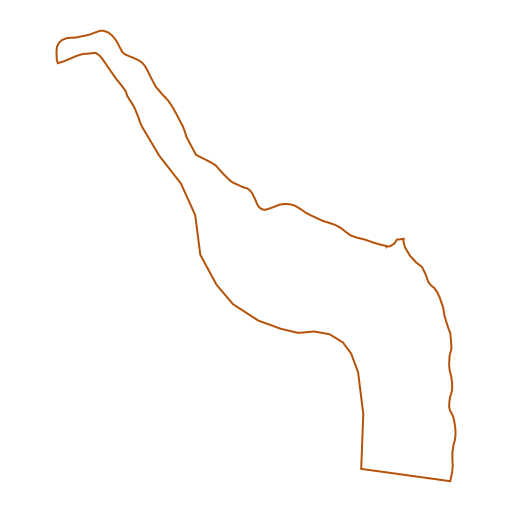 outline of Fond Eau Rouge, Anse-la-Raye, Saint Lucia
{"feature_id": "8701671B4886377420508", "entity_name": "Fond Eau Rouge", "entity_type": "district", "adm_level": 2, "iso_a3": "LCA", "parent_name": "Saint Lucia", "parent_adm1": "Anse-la-Raye", "projection": "equal_earth", "projection_center": [-61.032, 13.949], "detail": "fine", "context": "isolated", "style": "outline", "palette": "amber", "viewbox_px": 512, "rotation_deg": 0, "n_neighbors": 0, "source": "geoboundaries", "source_scale": "gbopen_adm2", "svg_char_len": 2565}
<svg xmlns="http://www.w3.org/2000/svg" viewBox="0 0 512 512"><path d="M450.2,481.3L450.3,480.6L450.5,479.7L451.3,476.2L452.4,470.3L452.7,464.7L452.5,461.7L452.4,456.8L452.4,452.8L452.8,449.6L453.4,445.3L454.7,440.7L455.4,436.4L455.5,432.8L455.3,428.1L454.8,424.6L454.1,420.5L453.3,417.2L452.3,414.8L449.8,410.0L449.1,406.3L449.3,403.6L449.5,400.6L450.0,397.4L451.4,393.0L452.0,390.4L452.2,386.8L452.0,382.4L451.4,377.4L450.8,374.8L449.8,371.1L449.7,370.2L449.5,368.7L449.1,365.3L449.6,355.6L451.4,348.9L451.3,344.6L450.8,338.6L450.3,333.4L448.2,327.8L446.0,320.8L444.4,315.4L443.1,307.2L440.2,299.0L440.0,298.2L437.2,292.2L434.5,288.2L430.9,285.3L428.4,282.1L425.6,274.3L423.2,269.4L422.0,267.0L416.4,262.7L409.8,255.5L405.0,247.3L404.4,245.0L403.4,241.6L403.7,238.8L402.1,239.1L399.5,239.4L396.9,239.6L394.3,243.6L389.9,246.3L387.0,246.3L386.7,246.6L386.7,246.1L385.5,245.8L381.2,244.8L373.0,242.5L365.3,239.7L356.4,237.5L350.5,235.4L345.5,231.7L340.9,228.0L334.7,224.7L327.6,222.4L322.3,220.7L316.1,217.8L310.7,215.3L305.8,212.7L305.3,212.4L301.4,209.6L297.0,206.9L294.0,205.3L290.4,204.4L285.2,203.9L279.8,204.6L276.5,205.9L272.7,207.4L267.8,209.1L264.3,209.9L261.4,209.0L258.8,206.9L256.9,203.6L254.7,198.3L252.4,193.7L250.2,190.6L248.8,189.6L247.1,188.3L243.2,187.3L238.3,185.0L233.5,182.9L230.3,180.8L227.1,177.7L223.2,173.8L219.3,169.6L215.6,165.3L211.1,162.5L196.3,155.0L195.0,153.0L186.5,137.0L184.8,131.4L182.6,125.9L179.5,120.0L176.7,114.6L173.8,109.2L171.2,105.0L168.8,101.4L168.2,100.7L165.5,97.8L165.5,97.3L164.6,96.8L161.6,93.6L159.3,90.8L156.0,87.0L154.3,84.0L150.7,77.1L147.7,70.9L144.7,65.7L142.3,62.9L139.1,60.5L134.6,58.4L129.3,56.2L127.1,55.3L124.4,54.0L122.2,51.9L120.1,47.9L119.5,46.9L118.0,43.7L115.4,39.5L112.2,35.6L108.3,32.5L103.3,30.7L99.8,30.9L95.3,32.5L89.5,34.6L88.9,34.8L84.9,35.7L84.1,35.9L83.6,35.9L82.7,36.1L80.8,36.5L78.0,37.1L75.7,37.6L72.6,37.7L67.2,38.0L64.9,38.9L61.6,40.2L59.8,42.1L59.1,42.7L57.0,46.6L56.6,50.0L56.5,52.8L56.8,59.8L57.8,63.2L63.9,61.3L70.8,58.4L75.7,56.3L79.5,54.9L83.3,54.0L88.7,53.6L93.3,53.0L95.7,52.9L98.1,54.5L100.5,56.6L102.1,58.5L106.6,65.1L111.8,72.6L116.4,79.2L120.6,84.2L125.6,91.0L127.2,95.8L129.8,100.1L132.4,104.0L134.7,108.3L138.3,117.2L138.9,118.7L140.5,123.5L142.9,128.2L159.5,156.1L180.9,183.5L195.2,215.1L200.3,254.8L216.6,284.9L232.9,304.1L258.3,320.6L280.8,328.8L295.7,332.3L298.1,332.9L314.4,331.5L329.7,334.3L342.9,342.5L351.1,353.5L358.2,372.6L358.5,375.5L362.3,406.1L363.3,413.7L361.2,468.9L448.7,481.0L449.4,481.1L450.2,481.3Z" fill="none" stroke="#b45309" stroke-width="2"/></svg>